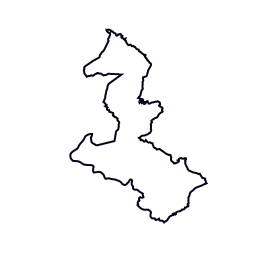 the district of Itumbiara, Goiás, Brazil, rotated 76°
{"feature_id": "56859067B10821331858288", "entity_name": "Itumbiara", "entity_type": "district", "adm_level": 2, "iso_a3": "BRA", "parent_name": "Brazil", "parent_adm1": "Goiás", "projection": "natural_earth1", "projection_center": [-49.478, -18.376], "detail": "fine", "context": "isolated", "style": "outline", "palette": "ink", "viewbox_px": 256, "rotation_deg": 76, "n_neighbors": 0, "source": "geoboundaries", "source_scale": "gbopen_adm2", "svg_char_len": 5873}
<svg xmlns="http://www.w3.org/2000/svg" viewBox="0 0 256 256"><g transform="rotate(76 128 128)"><path d="M209.1,135.0L210.7,133.1L211.6,131.0L211.7,129.7L212.2,128.1L213.3,127.1L214.6,126.3L215.7,126.1L217.0,127.0L219.2,127.6L221.2,126.8L221.7,125.7L222.3,123.9L223.3,123.8L224.1,123.1L223.8,122.6L223.9,121.0L223.6,119.9L224.8,120.1L225.5,119.4L225.8,118.8L226.1,117.4L226.6,116.8L228.4,115.8L227.8,114.7L227.3,113.0L226.8,112.1L225.4,110.7L225.0,109.9L224.3,109.5L223.7,107.8L223.3,106.5L223.5,105.0L223.0,104.6L222.1,104.9L222.1,103.7L222.8,103.7L223.4,103.0L223.0,102.2L221.5,101.5L221.1,99.7L221.3,97.9L220.9,96.8L220.9,95.8L220.2,95.2L220.4,93.5L219.8,92.4L219.0,92.0L219.2,91.3L218.7,90.2L218.6,88.5L218.0,88.2L217.0,88.7L216.1,88.4L216.0,87.5L214.0,87.2L212.5,86.8L211.8,86.5L210.1,86.2L209.0,85.1L208.0,84.5L206.7,83.9L205.3,82.7L204.1,79.8L203.3,78.6L202.4,76.7L201.5,69.6L200.8,66.9L200.9,65.9L200.7,65.1L199.6,65.5L198.4,65.4L197.1,65.8L196.3,65.4L195.5,65.7L194.4,67.9L189.8,69.5L189.7,70.8L188.6,72.0L186.6,75.9L184.7,78.2L184.2,79.1L182.5,79.9L180.2,80.2L179.1,80.7L178.1,80.7L176.9,81.0L175.9,81.0L174.7,80.4L173.8,80.6L173.1,80.3L172.6,79.4L172.0,79.1L171.2,79.4L171.0,80.5L171.2,81.2L171.1,82.1L170.8,83.0L170.0,83.6L169.9,84.5L170.2,85.9L171.3,86.4L171.4,87.3L172.2,86.6L172.8,86.9L173.2,87.6L173.4,88.7L173.4,89.6L173.8,90.3L173.6,91.8L173.0,91.8L172.5,92.1L172.1,92.6L170.2,93.9L168.9,93.9L166.8,93.1L166.2,93.3L164.4,93.4L164.0,94.5L163.9,95.2L163.2,95.8L162.6,96.9L159.0,99.9L157.1,101.7L156.0,102.3L155.8,105.3L154.9,105.6L154.3,106.3L153.8,106.7L153.1,107.6L152.4,107.6L150.8,107.9L148.7,107.9L148.4,108.5L148.2,109.3L147.5,109.7L147.1,110.6L147.1,111.5L146.4,112.5L144.1,113.6L144.7,114.1L145.2,115.2L145.0,115.9L143.5,116.7L142.9,118.5L142.3,118.2L141.7,118.5L141.1,119.3L140.2,119.8L140.0,118.8L139.3,117.5L138.9,116.2L139.3,113.2L138.9,112.1L139.0,111.0L138.6,109.5L138.0,108.7L138.1,107.9L136.5,106.3L135.7,106.0L134.3,106.1L132.3,105.3L129.6,104.9L128.2,103.3L126.8,103.7L126.0,102.5L124.8,98.9L124.8,98.0L124.7,97.1L124.2,96.5L122.6,95.1L121.8,94.0L121.0,92.5L120.8,91.1L120.3,90.4L119.7,90.6L118.5,90.6L117.3,89.7L116.4,89.9L115.9,90.7L115.1,91.3L114.6,92.2L113.8,92.5L113.3,91.9L113.0,91.2L111.4,91.0L110.8,91.2L109.2,92.8L109.4,94.0L109.1,95.0L109.3,97.3L109.0,98.5L109.6,101.3L109.1,102.2L106.9,102.5L106.5,103.0L107.6,104.6L108.5,105.1L108.6,106.2L108.3,106.9L107.5,106.9L106.6,106.0L106.3,106.8L107.1,108.7L106.5,108.9L105.7,108.1L105.1,106.6L104.3,106.6L103.6,106.9L103.2,108.0L104.0,109.0L105.7,110.0L106.2,110.7L105.4,110.7L102.7,108.7L101.4,110.9L100.4,109.8L100.1,109.0L99.4,108.1L98.5,107.8L97.7,107.2L95.6,106.2L94.9,105.7L93.6,104.2L91.6,104.0L88.4,103.0L87.1,102.8L85.9,101.8L82.5,101.2L82.4,100.5L82.3,97.8L81.7,97.0L76.9,94.4L72.8,90.6L71.7,90.3L70.9,90.3L69.8,91.4L68.8,91.5L68.3,91.8L67.8,92.3L67.1,92.4L66.6,93.0L65.1,93.1L64.6,93.7L63.8,93.8L63.2,94.2L62.4,94.3L62.0,93.6L61.3,93.4L61.0,94.8L60.2,95.0L59.6,95.9L58.2,96.8L57.8,97.3L57.2,97.4L56.3,98.7L55.5,98.9L54.6,98.7L53.5,100.4L52.8,100.9L51.2,101.5L50.8,102.3L49.9,102.7L49.5,104.4L49.0,104.7L48.1,105.0L47.6,105.9L47.9,106.9L47.6,107.7L44.8,108.9L42.7,109.0L42.3,109.7L41.5,109.7L40.6,109.0L40.7,110.7L40.1,110.9L39.5,111.4L38.9,112.3L38.2,112.5L38.0,111.6L37.3,111.1L36.1,112.2L35.2,112.4L34.8,113.1L35.1,113.9L34.8,114.8L35.5,115.5L35.8,116.4L35.2,117.0L33.3,117.3L31.9,119.1L30.8,119.4L30.3,120.2L30.3,121.4L29.3,121.1L28.7,121.4L27.7,123.5L27.9,124.6L27.6,125.1L28.5,125.2L29.1,125.0L29.8,124.4L30.4,124.2L30.9,123.8L31.4,123.1L32.0,122.7L32.7,122.6L35.3,124.2L36.6,125.6L37.3,125.9L38.2,126.0L38.8,125.8L46.3,132.1L47.7,133.7L47.9,134.5L48.2,135.1L48.8,135.7L49.4,136.2L50.0,137.1L50.8,137.7L52.5,138.6L54.4,145.6L57.7,154.5L58.5,155.8L60.3,156.0L60.7,156.7L61.3,156.9L62.6,156.8L64.4,157.1L65.2,156.9L67.5,155.7L68.3,155.6L68.2,154.6L67.9,153.8L68.3,152.3L68.0,150.6L68.7,149.8L68.8,149.1L68.6,148.4L67.8,147.0L67.7,146.0L67.8,145.2L67.2,144.5L67.4,143.7L68.3,142.7L68.7,141.1L71.1,139.0L71.0,138.2L71.2,137.2L71.0,135.2L70.6,134.4L70.7,133.5L71.8,130.3L71.9,129.4L72.9,126.7L73.2,124.7L74.1,123.5L74.6,121.5L80.3,135.6L81.4,137.0L81.9,137.4L85.3,138.9L85.7,139.4L87.1,140.2L89.4,141.2L91.2,142.2L93.5,142.9L94.1,143.6L95.5,144.4L96.7,145.6L98.4,144.3L99.1,144.0L99.9,143.9L100.5,143.2L101.3,144.0L101.4,144.8L102.1,144.2L102.6,143.2L103.1,142.8L104.2,143.8L104.9,143.9L106.0,142.9L106.1,142.0L106.8,141.9L107.7,142.2L109.9,138.8L110.9,138.8L112.0,139.6L112.8,139.3L113.3,138.4L114.2,138.3L114.8,137.0L116.0,136.0L116.7,135.9L117.4,136.4L118.1,136.3L118.9,135.7L119.5,135.6L120.0,135.2L121.1,135.3L122.4,136.3L123.8,136.4L126.5,137.6L127.2,138.1L128.2,140.1L128.7,140.5L137.4,144.3L137.3,162.3L137.0,163.1L134.1,166.0L133.4,166.5L132.3,166.8L128.3,166.3L127.1,165.1L126.2,164.6L125.1,164.3L124.7,166.5L124.8,168.8L125.5,170.9L126.7,172.3L128.2,173.4L129.4,174.7L131.7,178.1L133.3,179.9L135.3,181.6L135.9,182.6L137.5,187.4L138.4,189.0L139.1,189.8L140.0,190.4L142.1,190.9L143.3,190.8L144.8,190.4L146.7,189.2L147.6,186.1L148.5,184.0L150.0,182.2L152.2,180.3L152.8,179.6L154.1,176.3L155.0,173.0L155.5,171.8L156.6,170.8L157.4,170.7L158.8,171.5L160.7,172.2L161.8,172.3L162.9,171.9L163.5,166.8L163.9,165.8L164.8,164.7L166.7,163.4L167.7,162.9L170.2,162.7L171.8,162.1L172.2,158.6L173.4,156.6L174.7,153.4L175.4,152.1L176.7,150.4L177.1,149.6L178.9,147.9L181.0,147.0L182.0,145.9L182.5,145.0L182.5,144.0L182.2,143.1L181.4,142.0L180.5,140.3L178.7,138.7L178.6,138.0L179.0,137.1L179.9,136.8L180.6,136.9L183.0,138.0L183.7,138.0L184.5,137.9L186.0,137.2L187.9,137.8L188.6,137.4L189.4,136.5L190.0,134.2L191.2,133.1L192.2,132.6L192.8,131.9L195.3,129.5L196.1,129.8L199.0,129.8L199.2,131.0L198.1,133.1L198.5,134.0L199.7,134.5L201.1,134.4L201.7,135.0L201.6,135.8L202.7,136.7L204.4,136.6L204.7,137.3L205.4,137.4L209.1,135.0Z" fill="none" stroke="#020617" stroke-width="2"/></g></svg>